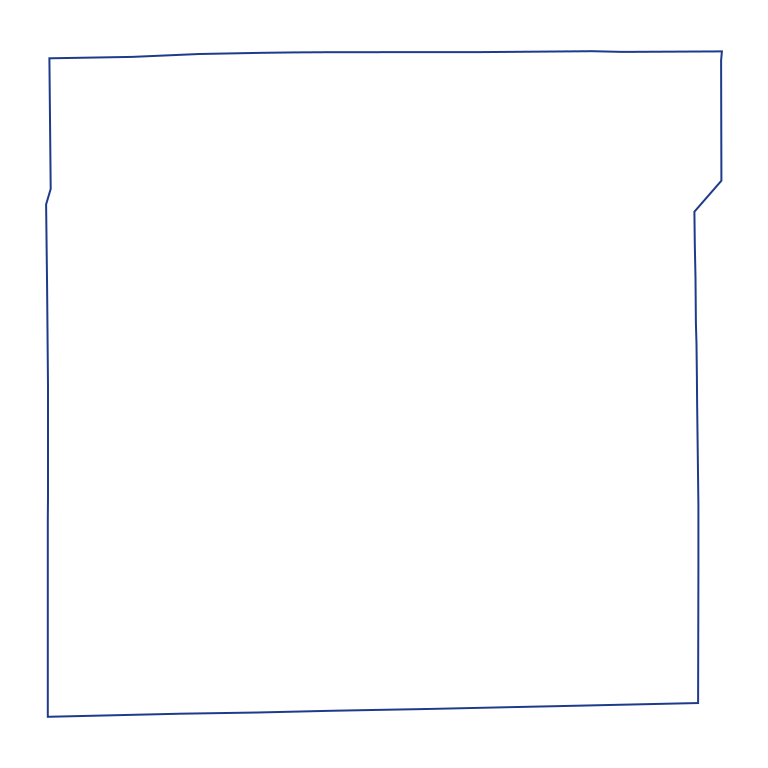 Marion, Indiana, United States of America (Albers equal-area conic projection)
{"feature_id": "52423323B96671648838134", "entity_name": "Marion", "entity_type": "district", "adm_level": 2, "iso_a3": "USA", "parent_name": "United States of America", "parent_adm1": "Indiana", "projection": "albers", "projection_center": [-86.121, 39.78], "detail": "fine", "context": "isolated", "style": "outline", "palette": "blue", "viewbox_px": 768, "rotation_deg": 0, "n_neighbors": 0, "source": "geoboundaries", "source_scale": "gbopen_adm2", "svg_char_len": 551}
<svg xmlns="http://www.w3.org/2000/svg" viewBox="0 0 768 768"><path d="M47.8,716.8L180.7,713.7L206.4,713.3L257.7,712.5L330.3,710.8L372.0,710.0L421.6,709.1L698.1,703.0L698.4,570.4L698.4,504.3L697.1,401.5L696.9,377.4L696.5,344.2L695.9,323.1L695.5,277.9L694.8,244.7L694.4,211.7L721.4,180.7L721.3,141.6L721.1,60.3L721.9,51.4L622.5,51.9L592.2,51.2L482.1,52.1L328.4,52.2L295.5,52.4L263.0,52.8L199.2,54.0L132.1,56.9L49.4,58.3L50.7,188.9L46.1,204.4L47.1,287.4L48.0,386.3L48.0,497.3L47.8,519.8L47.8,716.8Z" fill="none" stroke="#1e3a8a" stroke-width="2"/></svg>